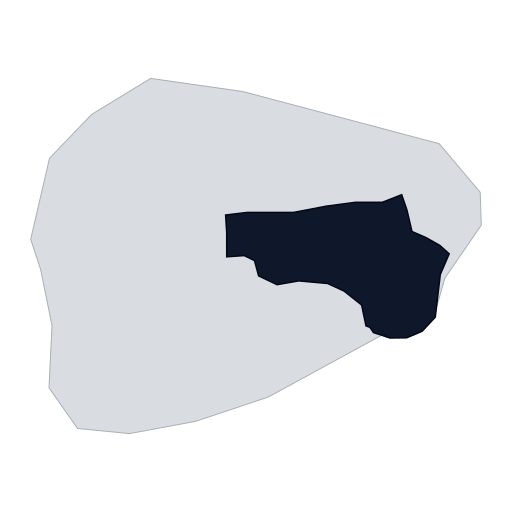 Encamp on a map of Andorra (Robinson projection)
{"feature_id": "AND-4880", "entity_name": "Encamp", "entity_type": "state/province", "adm_level": 1, "iso_a3": "AND", "parent_name": "Andorra", "parent_adm1": "", "projection": "robinson", "projection_center": [1.643, 42.533], "detail": "fine", "context": "in_parent", "style": "filled", "palette": "ink", "viewbox_px": 512, "rotation_deg": 0, "n_neighbors": 0, "source": "natural_earth", "source_scale": "10m", "svg_char_len": 797}
<svg xmlns="http://www.w3.org/2000/svg" viewBox="0 0 512 512"><path d="M434.0,316.2L395.8,327.5L268.3,397.0L195.7,421.3L129.4,433.6L77.6,428.5L49.0,387.8L52.0,325.5L40.6,269.3L30.7,239.3L49.5,158.3L91.8,114.3L150.6,78.4L243.1,91.6L439.2,143.7L480.2,192.3L481.3,225.1L444.9,278.1L434.0,316.2Z" fill="#d9dde1" stroke="#a8b0b8" stroke-width="1"/><path d="M449.2,253.8L440.3,274.5L435.3,317.1L422.1,331.3L406.7,337.8L389.9,338.0L373.5,332.6L369.9,327.3L366.0,325.9L361.6,305.0L344.1,291.1L327.6,283.5L298.7,280.9L277.1,284.7L258.6,275.9L254.5,260.6L244.2,255.6L226.7,256.8L226.7,232.7L225.6,215.0L247.3,212.4L266.8,212.4L293.6,212.4L326.6,206.1L355.4,202.3L382.2,202.3L401.7,194.7L406.9,209.9L412.0,231.5L426.4,237.8L439.8,245.4L449.2,253.8Z" fill="#0f172a" stroke="#020617" stroke-width="1.5"/></svg>